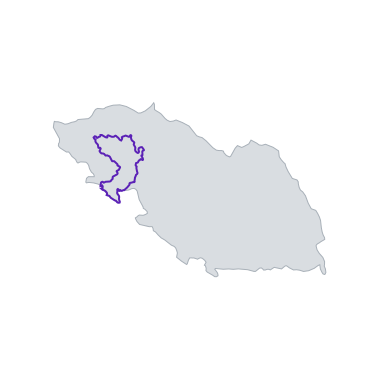 Olomoucký highlighted on a map of Czechia, rotated 201°
{"feature_id": "CZE-10372", "entity_name": "Olomoucký", "entity_type": "Region", "adm_level": 1, "iso_a3": "CZE", "parent_name": "Czechia", "parent_adm1": "", "projection": "robinson", "projection_center": [17.195, 49.847], "detail": "fine", "context": "in_parent", "style": "outline", "palette": "violet", "viewbox_px": 384, "rotation_deg": 201, "n_neighbors": 0, "source": "natural_earth", "source_scale": "10m", "svg_char_len": 7072}
<svg xmlns="http://www.w3.org/2000/svg" viewBox="0 0 384 384"><g transform="rotate(201 192 192)"><path d="M345.8,208.6L344.6,208.7L342.0,209.6L338.6,209.9L335.0,209.7L332.2,211.3L329.5,213.8L326.7,215.6L325.2,217.1L324.4,218.8L315.1,223.3L313.8,225.2L312.8,227.8L312.4,231.4L311.7,234.5L310.1,236.2L305.1,237.6L303.8,238.4L302.9,240.0L300.0,242.4L296.7,244.8L290.6,247.5L284.0,248.3L275.5,247.4L270.5,246.4L268.1,247.5L264.7,251.0L261.1,257.1L259.7,261.6L258.5,260.3L256.5,255.5L254.1,254.9L251.0,254.4L248.6,253.7L243.5,251.0L240.8,250.1L237.8,249.9L234.9,251.5L232.7,253.5L225.9,253.4L218.4,252.5L207.8,246.2L205.0,246.1L202.1,246.4L197.4,244.9L188.4,240.8L184.2,239.8L181.5,240.4L179.1,241.3L177.3,241.4L176.3,240.1L173.0,238.4L169.6,238.2L168.7,239.2L167.4,248.3L166.2,251.6L161.6,251.4L159.9,253.0L156.2,257.3L155.5,261.6L149.1,260.8L146.2,260.0L143.5,260.6L140.5,262.9L132.4,262.8L125.9,261.4L123.2,256.2L120.3,254.1L116.6,252.2L115.3,251.8L113.2,249.0L109.4,245.4L103.2,240.6L98.3,240.9L96.5,239.6L95.7,237.8L93.7,234.8L91.4,232.6L88.7,231.8L84.7,229.1L79.5,223.2L74.7,219.1L69.9,219.2L67.0,217.0L64.0,214.2L61.8,211.5L58.4,204.9L56.0,201.1L54.1,198.8L51.9,196.9L51.1,195.3L53.9,191.8L55.0,190.1L56.2,188.7L56.9,187.3L56.9,186.2L54.5,182.8L51.2,180.3L46.4,177.8L43.3,174.6L42.3,171.8L42.0,170.2L39.9,168.0L38.2,164.9L38.3,163.0L38.7,162.5L40.4,162.5L42.1,163.8L44.6,166.2L46.6,169.9L48.0,168.5L50.5,164.6L54.9,160.3L59.4,157.8L63.3,157.6L66.5,156.9L69.3,155.6L73.9,156.1L77.3,157.0L78.4,156.5L79.8,154.2L80.8,152.3L88.3,151.1L91.0,147.3L92.4,147.4L94.1,146.8L95.7,145.4L97.2,144.8L98.4,145.5L100.0,146.0L101.7,145.1L104.2,140.7L105.6,140.1L112.2,139.4L121.2,136.8L125.8,134.6L130.2,133.3L135.1,131.1L142.7,129.0L143.1,128.1L139.6,125.9L138.4,124.6L137.7,123.1L138.9,121.6L140.6,121.1L142.7,121.7L149.1,122.7L150.8,123.6L151.4,125.8L153.0,127.9L154.2,128.1L153.7,131.5L155.7,132.8L158.7,133.8L160.6,133.6L162.1,132.2L162.6,131.3L166.5,131.1L170.5,129.7L170.9,127.4L170.7,123.1L171.1,122.4L177.1,123.7L183.0,125.6L183.8,129.9L185.4,132.0L187.3,134.0L189.1,134.8L192.3,135.0L200.4,137.5L204.3,138.1L208.3,139.8L211.7,141.6L214.2,142.0L215.3,144.0L216.8,145.4L219.5,144.3L229.3,142.9L232.9,144.8L235.2,146.9L235.6,147.5L234.3,149.3L233.7,150.8L232.7,151.7L229.3,152.7L227.4,154.3L226.0,156.1L226.9,157.7L229.7,159.0L231.6,159.3L232.3,160.5L238.6,166.0L243.5,173.2L245.4,174.4L247.3,174.6L249.4,173.6L251.8,171.2L254.7,169.6L257.1,168.7L261.4,166.7L261.6,165.4L258.0,160.5L256.0,156.6L256.5,155.9L261.0,156.5L268.8,158.6L280.8,165.7L283.0,165.7L287.2,165.2L291.7,164.0L293.9,162.7L294.7,163.2L295.4,167.0L294.2,169.2L288.8,171.2L289.1,172.2L290.5,173.6L293.0,174.5L296.0,177.0L298.0,179.8L299.8,181.2L301.8,181.8L306.8,180.2L308.2,179.0L308.8,178.2L309.8,178.4L311.5,179.8L312.1,180.6L316.9,182.2L319.7,184.2L321.5,185.2L323.5,184.3L331.1,185.9L333.3,187.2L333.9,189.4L333.6,190.8L334.8,194.3L344.6,202.6L345.6,206.9L345.8,208.6Z" fill="#d9dde1" stroke="#a8b0b8" stroke-width="1"/><path d="M259.4,156.3L260.0,156.6L261.1,156.5L265.8,157.5L266.3,157.8L267.3,158.5L267.9,158.7L268.5,158.7L269.9,158.5L270.5,158.6L270.4,158.8L270.5,159.4L270.8,160.2L271.1,160.6L271.5,161.0L273.1,161.8L274.2,162.1L276.3,162.0L277.3,162.4L276.4,162.6L276.6,162.9L276.7,163.0L276.9,163.2L277.1,163.4L277.1,164.1L277.2,164.8L277.5,165.4L278.1,165.8L278.6,164.7L279.6,164.7L280.3,168.0L280.3,168.3L280.1,168.6L279.9,168.9L279.7,169.1L279.4,169.4L279.1,169.5L278.8,169.5L278.1,169.1L277.8,169.1L277.6,169.2L277.4,169.4L276.3,170.6L272.6,172.3L272.0,172.8L271.8,173.2L271.6,173.6L271.5,174.4L271.4,174.7L271.0,175.3L270.9,175.5L270.8,175.8L271.4,177.5L271.3,178.0L271.2,178.2L268.5,181.3L268.3,181.6L268.2,181.9L268.1,182.3L268.1,182.6L268.2,182.9L268.4,183.2L269.7,184.2L269.8,184.4L269.8,184.6L269.7,184.8L268.4,186.2L268.3,186.5L268.2,186.8L268.0,188.9L268.0,189.2L268.1,189.4L268.3,189.6L268.9,189.8L270.9,190.0L271.1,190.1L271.2,190.3L271.3,190.9L271.4,191.0L271.6,191.2L275.5,192.8L275.9,192.8L277.1,192.3L277.5,192.2L277.8,192.3L281.3,195.4L282.0,195.7L284.3,195.8L285.4,195.2L285.6,195.1L285.9,195.1L287.5,196.0L288.7,196.1L290.4,195.6L291.7,196.1L292.8,196.9L293.0,197.2L293.0,197.4L292.8,199.3L292.8,199.7L293.0,200.0L293.5,200.3L293.8,200.3L294.7,199.8L294.9,199.8L295.2,199.8L295.4,200.0L296.8,202.4L297.2,202.7L298.6,203.3L299.8,204.1L300.3,204.7L300.5,205.0L300.7,205.6L300.8,206.3L302.1,206.6L302.7,207.0L303.4,207.7L302.7,209.2L302.0,209.3L301.4,209.3L301.2,209.2L300.8,208.7L300.5,208.6L300.3,208.5L300.0,208.5L299.8,208.6L299.6,208.8L299.4,209.0L299.1,209.7L298.9,210.0L298.2,210.4L298.0,210.5L297.9,210.7L297.8,211.0L297.7,211.2L297.7,211.8L297.9,212.4L296.6,212.9L292.6,212.2L291.9,212.2L291.4,212.3L290.9,212.4L290.7,212.6L290.7,213.0L291.0,213.5L291.1,213.9L291.1,214.2L291.0,214.4L290.8,214.6L290.6,214.8L290.4,214.9L290.0,214.9L286.8,214.8L286.4,214.9L285.6,215.2L285.0,215.5L284.8,215.6L284.6,215.8L284.4,216.1L284.2,216.5L283.9,216.9L283.7,217.1L283.4,217.1L282.9,217.1L280.9,216.3L280.5,216.3L279.6,215.8L278.4,215.0L277.7,214.8L276.6,214.7L276.4,215.6L276.3,216.6L276.7,217.6L277.1,218.0L276.7,218.7L276.5,218.9L275.0,220.1L274.7,220.4L274.5,220.7L274.3,220.8L274.1,220.9L273.8,220.9L270.8,220.9L270.5,221.0L270.3,221.2L270.2,221.5L270.0,222.6L269.9,222.9L269.7,223.1L269.4,223.1L269.2,223.1L268.9,222.9L268.7,222.6L268.7,222.4L268.7,222.1L268.8,221.8L268.7,221.3L268.1,220.3L267.3,219.2L266.3,218.5L264.6,218.0L263.9,217.7L263.6,217.4L263.5,217.1L263.5,215.9L263.5,215.7L263.4,215.4L263.2,215.2L261.1,213.5L260.9,213.2L260.7,212.9L260.4,211.5L260.0,210.6L259.4,209.9L259.1,209.7L257.3,209.1L256.9,209.0L256.5,209.1L256.2,209.3L256.0,209.7L255.9,210.4L256.0,210.6L256.0,210.8L256.9,212.0L257.2,212.6L257.3,213.0L257.3,213.4L257.3,213.8L257.2,214.1L256.6,214.8L255.9,215.4L255.5,215.7L255.1,215.8L254.7,215.9L252.2,214.3L252.0,214.0L251.9,213.7L252.1,213.4L252.4,213.2L252.7,212.9L252.8,212.6L252.9,212.3L252.9,212.0L252.8,211.7L251.7,209.3L251.6,208.9L251.5,208.6L251.6,208.3L252.2,208.1L252.3,208.0L252.3,207.8L252.2,207.6L250.2,206.0L249.6,205.2L249.4,204.8L249.4,204.4L249.5,204.2L249.8,204.1L251.3,204.4L251.6,204.3L251.8,204.1L252.0,203.7L252.2,203.0L252.7,202.6L253.0,201.7L253.1,200.5L253.2,200.1L254.6,198.9L254.3,196.9L253.8,196.4L253.1,196.1L252.8,195.9L252.7,195.6L252.6,194.6L250.7,191.5L249.9,190.6L249.7,190.1L249.6,189.7L249.7,189.2L250.4,187.9L250.3,186.5L250.4,184.9L250.3,184.6L250.0,183.5L249.8,182.2L249.7,181.9L249.6,181.6L249.3,181.2L249.3,180.9L249.4,180.6L250.2,180.2L250.4,180.2L250.7,180.0L251.6,179.2L253.0,178.4L253.2,178.2L253.3,178.0L253.4,177.8L253.4,177.4L253.3,177.2L253.0,176.6L253.1,176.0L254.2,172.9L256.0,169.4L256.5,169.3L256.9,169.0L257.7,168.1L258.2,167.8L258.6,167.8L259.5,168.1L259.9,168.0L260.0,167.8L260.0,167.1L260.8,167.0L261.0,167.1L261.3,167.5L261.7,168.1L262.3,168.2L262.6,167.7L262.5,167.0L261.9,166.4L261.8,165.0L261.4,164.0L260.5,163.2L259.4,162.7L258.6,162.0L258.1,160.9L257.8,159.7L257.3,158.7L255.8,156.9L255.8,156.1L257.1,155.5L258.1,155.6L259.4,156.3Z" fill="none" stroke="#5b21b6" stroke-width="2"/></g></svg>